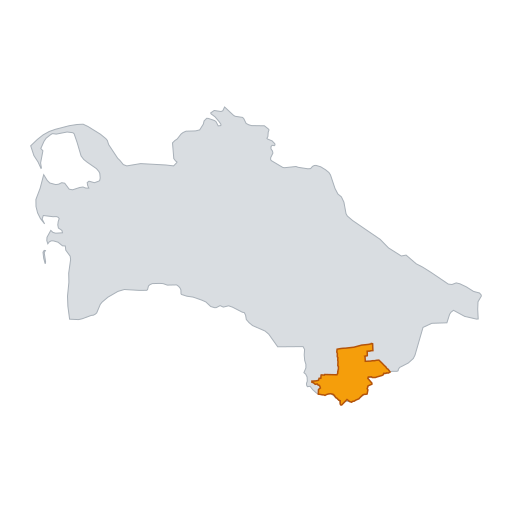 Serhetabat, Mary, Turkmenistan shown in context
{"feature_id": "10190150B87689177497329", "entity_name": "Serhetabat", "entity_type": "district", "adm_level": 2, "iso_a3": "TKM", "parent_name": "Turkmenistan", "parent_adm1": "Mary", "projection": "robinson", "projection_center": [62.585, 35.938], "detail": "fine", "context": "in_parent", "style": "filled", "palette": "amber", "viewbox_px": 512, "rotation_deg": 0, "n_neighbors": 0, "source": "geoboundaries", "source_scale": "gbopen_adm2", "svg_char_len": 5578}
<svg xmlns="http://www.w3.org/2000/svg" viewBox="0 0 512 512"><path d="M140.6,163.6L165.9,165.0L173.6,165.9L176.9,162.5L176.8,161.7L175.6,161.0L173.8,158.6L172.5,142.9L174.8,140.6L177.3,138.9L181.1,134.0L183.1,132.5L186.0,131.2L195.6,130.9L199.7,129.9L203.3,124.2L204.1,120.9L206.7,118.3L208.2,118.4L214.7,120.6L216.1,121.8L218.2,125.9L220.7,125.6L221.0,125.0L220.8,124.1L219.0,121.5L215.0,116.8L211.0,113.8L210.7,112.9L214.2,110.5L221.0,111.5L222.8,110.8L224.6,107.0L233.6,115.4L235.2,116.3L242.5,117.4L243.7,118.5L246.1,123.4L248.5,124.7L251.5,125.6L264.4,125.8L268.4,129.0L269.0,129.9L268.2,132.2L267.9,136.5L266.9,138.3L267.5,139.0L272.1,140.9L274.8,143.7L275.0,144.9L274.2,145.7L272.1,145.3L271.0,146.6L271.0,148.9L272.5,151.1L272.9,153.1L270.7,157.6L270.6,159.5L271.3,160.6L282.9,167.5L284.7,167.7L296.0,166.5L298.1,167.3L307.9,168.8L310.6,168.6L312.5,166.4L314.3,165.5L316.0,165.4L320.7,166.8L325.6,169.8L328.9,172.5L330.5,175.0L335.0,188.5L337.9,194.0L341.4,196.9L343.9,202.1L346.0,213.6L347.3,216.0L352.7,220.6L380.2,239.4L388.5,247.9L401.3,256.0L406.1,255.1L416.2,263.8L422.6,267.1L430.9,272.3L448.3,284.1L452.0,284.5L456.2,282.9L459.9,283.8L466.4,286.9L473.5,291.4L479.5,293.0L481.2,295.0L481.3,296.1L478.0,301.8L477.7,309.1L478.2,319.0L476.5,319.1L464.7,316.4L453.5,310.3L450.9,312.3L449.6,314.3L446.9,322.8L431.8,323.3L423.0,327.4L415.0,355.1L413.3,358.5L408.3,363.0L399.7,367.4L398.4,369.2L398.1,370.8L397.0,371.3L392.2,371.3L374.0,377.4L370.0,377.4L368.4,377.8L367.7,378.9L369.7,384.4L368.0,386.0L366.9,388.7L366.0,393.5L354.0,401.0L351.4,401.9L346.6,401.2L344.1,401.9L341.5,404.3L340.3,403.6L339.7,401.2L338.4,399.6L330.9,393.6L322.3,394.6L319.1,394.1L316.5,393.1L312.6,389.6L310.1,386.3L307.4,386.7L306.6,385.2L306.5,383.4L307.3,381.1L307.1,377.0L305.6,374.0L303.9,372.7L305.9,367.9L305.9,364.3L304.7,360.5L304.2,354.9L304.6,349.4L303.0,346.6L277.7,346.8L268.7,334.1L265.0,331.0L252.6,325.6L249.1,322.7L246.3,319.5L245.6,315.2L244.3,312.6L242.3,312.2L232.6,307.2L228.6,305.8L223.3,307.1L220.1,305.6L216.3,307.6L214.7,307.7L210.7,306.5L205.8,301.9L201.7,300.1L193.1,297.1L186.9,296.2L181.6,294.5L181.0,293.8L180.9,289.9L180.2,288.3L178.7,286.4L176.6,284.9L167.3,285.1L163.1,283.6L159.7,283.4L152.3,283.6L149.9,284.7L148.5,285.9L147.5,289.7L146.7,290.3L139.6,290.4L124.3,289.5L117.9,291.4L107.9,297.2L102.1,302.1L100.3,304.3L96.7,312.9L95.2,314.2L93.3,315.2L91.3,315.4L82.1,318.8L78.6,319.6L69.6,319.2L67.9,306.4L67.5,296.2L68.9,282.2L68.7,273.2L70.6,259.6L70.2,256.2L65.8,250.2L65.3,246.0L62.5,245.8L58.0,242.2L53.6,240.9L51.4,240.8L49.3,241.8L47.8,243.8L46.8,240.6L47.0,237.3L50.8,230.4L52.9,232.4L55.6,233.2L62.5,232.8L61.9,230.4L58.4,228.0L57.8,224.9L58.2,221.6L59.2,218.6L58.2,217.3L56.6,216.6L52.9,216.7L43.3,215.5L42.1,219.1L44.6,223.9L40.4,218.5L37.6,212.9L36.0,206.5L35.9,199.5L40.1,188.4L43.7,174.7L47.2,180.4L49.8,183.0L55.7,184.6L58.6,184.2L61.7,182.7L64.7,183.2L69.2,189.2L72.6,189.8L79.7,187.5L83.0,187.0L85.8,188.1L88.8,188.1L87.6,185.3L87.2,182.6L89.0,181.2L94.5,182.7L98.9,181.1L99.7,180.4L100.2,178.0L99.8,173.4L98.8,171.4L96.4,168.6L86.9,162.0L83.7,159.4L81.1,156.0L77.1,142.4L74.1,133.7L72.8,132.7L67.1,132.0L56.3,134.1L52.5,133.6L50.7,134.6L46.1,138.2L44.0,141.3L40.8,148.5L42.9,150.8L40.6,162.9L41.4,168.0L41.0,168.4L38.0,161.9L33.9,155.6L30.7,145.8L37.4,139.4L43.1,134.9L49.2,131.5L55.4,129.3L69.3,125.7L77.0,124.5L83.1,124.2L87.8,126.4L100.4,134.2L105.8,138.6L107.3,140.4L108.7,144.7L117.7,158.3L119.8,160.3L123.3,164.6L126.8,165.9L140.6,163.6ZM45.6,261.9L45.2,263.8L43.7,258.3L43.0,252.2L44.2,250.4L45.4,250.5L44.2,252.7L45.6,261.9Z" fill="#d9dde1" stroke="#a8b0b8" stroke-width="1"/><path d="M319.3,385.5L319.8,386.1L320.4,388.0L318.6,389.4L318.5,389.5L318.3,393.7L318.3,394.2L319.7,394.3L322.1,394.8L323.7,394.9L325.0,395.4L326.6,394.5L328.6,393.9L330.7,393.7L333.1,394.3L334.3,395.4L335.8,397.7L336.7,398.0L338.7,400.1L340.2,400.7L340.2,402.5L340.2,404.0L340.8,405.0L341.7,405.0L347.0,399.5L349.7,401.6L350.8,401.9L351.7,402.2L352.5,401.4L354.3,401.1L355.8,400.1L357.5,399.4L359.0,398.8L359.7,397.9L362.9,394.8L364.4,394.3L365.9,394.3L367.1,394.0L367.9,389.8L367.1,388.7L367.7,387.4L367.7,386.2L368.9,385.5L371.9,384.2L371.9,383.1L368.9,379.6L367.8,378.4L368.3,377.0L371.5,376.8L372.2,377.5L375.4,377.5L376.7,377.0L381.9,375.5L383.1,374.9L383.8,373.3L385.9,373.4L386.5,372.9L388.5,373.0L390.1,372.0L390.1,371.9L388.9,370.4L388.6,369.9L388.2,369.3L387.1,368.7L386.2,367.6L385.8,366.8L385.7,366.8L385.0,366.1L384.5,365.7L383.9,365.1L382.1,363.2L378.9,360.1L376.4,360.3L374.6,360.7L372.5,360.7L370.4,361.1L370.2,361.1L365.3,361.3L365.0,356.3L364.9,356.2L365.7,356.0L367.2,355.8L367.3,355.7L367.3,354.9L367.2,351.2L370.0,351.1L370.2,350.8L372.9,350.6L372.8,348.4L372.7,346.1L372.7,345.2L372.6,343.7L371.5,343.5L371.5,343.8L370.8,343.9L369.9,344.1L368.4,344.4L365.7,344.7L361.6,345.1L354.3,347.1L354.1,347.2L352.1,347.4L349.6,347.7L345.4,348.2L344.5,348.2L342.7,348.3L340.9,348.5L339.1,348.8L337.1,349.2L337.0,349.9L336.8,351.9L336.8,352.1L337.0,352.6L337.4,353.6L337.3,355.1L337.3,356.8L337.6,357.2L337.9,357.6L337.7,360.3L337.9,361.0L338.0,361.7L337.8,365.8L338.3,366.2L338.4,366.4L338.4,366.6L338.4,369.3L338.0,370.1L338.0,370.9L338.0,371.1L337.7,371.7L337.8,373.1L337.4,374.0L337.0,374.4L336.8,374.7L336.8,374.8L324.8,374.5L324.7,374.5L324.4,375.1L321.2,374.9L321.1,375.0L320.8,378.3L319.4,378.3L319.1,378.3L318.6,380.0L318.5,380.3L317.3,380.6L315.8,380.9L312.0,381.1L311.9,381.1L311.9,382.3L313.4,382.7L315.2,384.3L315.3,384.3L317.3,384.0L318.2,385.2L319.1,385.2L319.3,385.5Z" fill="#f59e0b" stroke="#b45309" stroke-width="1.5"/></svg>